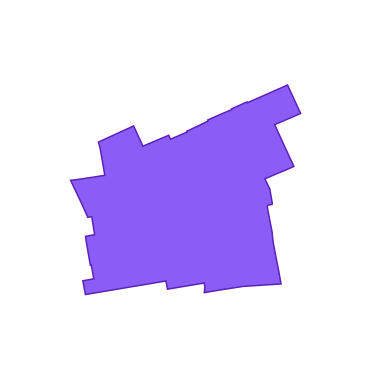 Mercedes, Buenos Aires, Argentina (Natural Earth projection), rotated 112°
{"feature_id": "61730980B17018817153702", "entity_name": "Mercedes", "entity_type": "district", "adm_level": 2, "iso_a3": "ARG", "parent_name": "Argentina", "parent_adm1": "Buenos Aires", "projection": "natural_earth1", "projection_center": [-59.369, -34.7], "detail": "fine", "context": "isolated", "style": "filled", "palette": "violet", "viewbox_px": 384, "rotation_deg": 112, "n_neighbors": 0, "source": "geoboundaries", "source_scale": "gbopen_adm2", "svg_char_len": 1564}
<svg xmlns="http://www.w3.org/2000/svg" viewBox="0 0 384 384"><g transform="rotate(112 192 192)"><path d="M327.0,252.4L315.8,234.2L304.0,215.0L290.8,193.4L287.9,188.8L284.3,182.8L291.3,178.3L281.5,162.4L271.8,146.5L272.0,146.4L272.3,146.3L272.4,146.2L272.6,146.1L272.8,146.1L273.0,145.9L273.3,145.7L273.6,145.5L273.7,145.4L273.9,145.3L273.9,145.2L274.0,145.1L274.1,144.9L274.4,144.7L274.5,144.7L274.8,144.7L275.0,144.6L275.3,144.5L275.6,144.5L275.8,144.4L276.0,144.3L276.4,144.2L276.6,144.2L276.9,144.1L277.0,144.0L277.3,143.9L277.5,143.9L277.7,143.7L277.8,143.5L278.1,143.4L278.3,143.4L278.6,143.4L278.8,143.3L279.0,143.3L279.3,143.3L279.5,143.1L279.8,143.0L280.0,143.1L280.4,143.1L280.5,143.1L280.7,142.9L272.4,129.4L260.3,109.1L253.5,94.9L243.9,75.0L232.1,82.4L224.8,87.2L214.0,94.2L207.3,98.4L200.8,101.9L199.9,102.2L185.8,111.4L177.4,116.8L175.6,116.5L173.6,113.2L172.9,113.0L159.9,121.1L159.0,122.2L152.5,129.3L143.8,120.8L136.0,112.8L130.1,107.1L122.8,114.9L116.1,122.1L112.0,126.4L108.1,130.5L98.6,140.6L78.5,120.7L57.0,143.5L88.5,174.1L87.9,174.8L100.0,186.4L100.5,185.9L111.3,196.6L119.2,204.3L119.3,204.2L119.6,204.1L119.8,204.1L120.0,203.8L120.1,203.7L120.3,203.8L120.6,204.1L127.2,210.0L137.5,219.5L138.1,218.9L138.2,219.0L151.1,231.7L148.1,234.8L167.9,254.7L152.6,270.9L180.8,297.5L184.8,294.3L197.0,286.6L209.2,279.1L218.9,295.4L224.1,304.2L226.6,309.0L245.3,288.7L254.5,279.2L252.5,275.7L268.0,266.3L273.0,274.1L277.6,271.5L297.9,258.9L297.4,258.1L309.3,250.5L315.2,260.0L327.0,252.4Z" fill="#8b5cf6" stroke="#5b21b6" stroke-width="1.5"/></g></svg>